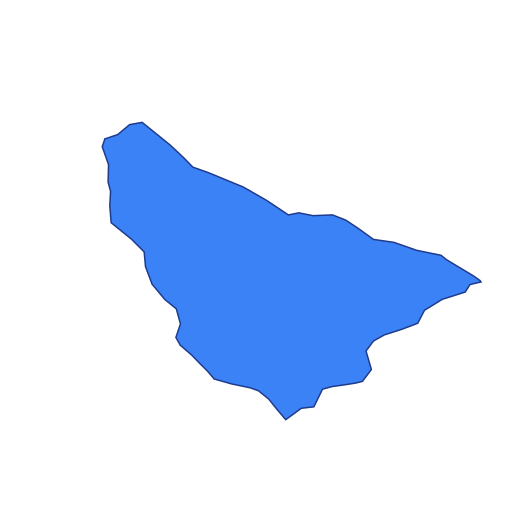 Ordubad District, Ordubad, Azerbaijan (Equal Earth projection), rotated 309°
{"feature_id": "54616110B24607032839399", "entity_name": "Ordubad District", "entity_type": "district", "adm_level": 2, "iso_a3": "AZE", "parent_name": "Azerbaijan", "parent_adm1": "Ordubad", "projection": "equal_earth", "projection_center": [45.94, 39.075], "detail": "fine", "context": "isolated", "style": "filled", "palette": "blue", "viewbox_px": 512, "rotation_deg": 309, "n_neighbors": 0, "source": "geoboundaries", "source_scale": "gbopen_adm2", "svg_char_len": 1050}
<svg xmlns="http://www.w3.org/2000/svg" viewBox="0 0 512 512"><g transform="rotate(309 256 256)"><path d="M147.7,381.2L147.5,382.1L166.1,387.0L175.2,395.9L194.4,391.5L202.5,397.4L212.6,406.8L220.3,413.7L225.5,417.6L240.4,417.1L251.4,401.3L263.8,400.8L275.3,405.3L291.1,415.6L305.5,424.0L319.9,421.1L339.5,428.0L359.7,441.3L367.8,440.3L369.2,440.8L377.4,447.2L377.9,445.7L377.7,442.1L377.4,437.8L373.0,406.3L373.0,399.4L361.5,377.2L353.4,354.6L342.8,336.8L341.9,319.6L340.4,303.4L336.1,289.6L323.2,274.9L316.5,262.1L308.3,255.3L305.9,229.3L301.6,202.8L291.1,167.5L285.3,150.9L286.8,138.6L288.2,119.5L288.2,109.8L288.2,98.0L288.2,83.4L278.6,75.1L263.3,72.1L251.9,64.8L251.5,65.0L244.2,67.7L234.2,83.9L220.3,94.6L214.6,102.4L203.1,110.7L190.7,122.5L190.7,131.8L190.7,148.9L188.8,166.5L178.2,176.8L168.7,193.0L164.8,212.6L164.8,227.3L155.7,240.0L142.3,245.0L139.0,253.3L138.5,268.5L137.0,280.8L136.1,290.1L134.1,300.9L141.3,317.7L149.9,334.4L152.8,342.7L152.8,356.0L149.9,369.3L147.7,381.2Z" fill="#3b82f6" stroke="#1e3a8a" stroke-width="1.5"/></g></svg>